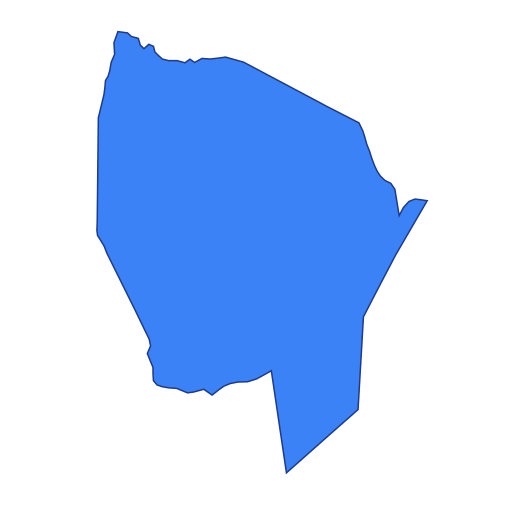 the district of Reriutaba, Ceará, Brazil, rotated 94°
{"feature_id": "56859067B92344183297275", "entity_name": "Reriutaba", "entity_type": "district", "adm_level": 2, "iso_a3": "BRA", "parent_name": "Brazil", "parent_adm1": "Ceará", "projection": "orthographic", "projection_center": [-40.625, -4.113], "detail": "fine", "context": "isolated", "style": "filled", "palette": "blue", "viewbox_px": 512, "rotation_deg": 94, "n_neighbors": 0, "source": "geoboundaries", "source_scale": "gbopen_adm2", "svg_char_len": 1218}
<svg xmlns="http://www.w3.org/2000/svg" viewBox="0 0 512 512"><g transform="rotate(94 256 256)"><path d="M188.9,89.1L188.4,95.4L188.1,101.4L190.9,107.2L197.3,112.3L205.7,116.0L179.8,122.1L174.1,126.6L171.6,132.7L167.5,137.6L163.2,140.9L157.7,144.0L150.8,147.2L143.4,150.1L136.8,153.3L130.0,155.7L123.9,158.1L116.0,162.6L102.0,195.4L99.6,200.7L63.5,281.9L59.7,300.2L61.1,306.8L62.7,315.5L62.7,323.7L67.2,330.7L64.3,335.6L68.2,340.4L66.6,348.3L67.2,356.7L66.1,363.1L63.0,367.1L59.5,371.1L54.0,372.9L52.3,377.7L57.0,382.2L53.7,386.1L47.1,388.6L45.7,395.7L42.4,399.7L41.8,409.4L53.2,412.6L64.6,411.1L73.0,414.0L81.2,414.8L87.0,416.1L91.5,418.4L98.1,418.5L105.4,418.9L129.2,422.9L232.6,416.8L241.6,416.5L246.6,415.5L251.6,411.8L256.9,408.1L263.5,405.0L318.3,372.9L333.3,364.3L346.3,356.8L353.0,354.9L360.9,357.6L368.3,354.0L374.3,351.0L380.8,350.5L387.6,349.6L391.5,345.7L392.9,340.7L393.6,333.8L393.6,325.9L395.5,320.2L397.3,314.7L396.0,308.6L392.6,298.8L397.8,290.1L391.8,283.5L387.9,278.7L385.0,272.7L383.0,265.3L382.0,255.5L378.6,246.9L373.6,239.1L369.4,232.7L470.2,210.5L427.9,169.0L402.1,143.5L333.0,144.3L309.2,144.6L280.2,132.1L245.3,116.8L188.9,89.1Z" fill="#3b82f6" stroke="#1e3a8a" stroke-width="1.5"/></g></svg>